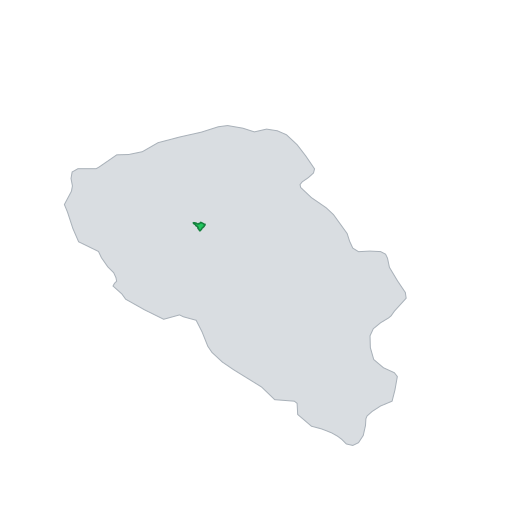 Gasetsho Gom, Wangdi Phodrang, Bhutan (highlighted), rotated 38°
{"feature_id": "84629894B12235536926610", "entity_name": "Gasetsho Gom", "entity_type": "district", "adm_level": 2, "iso_a3": "BTN", "parent_name": "Bhutan", "parent_adm1": "Wangdi Phodrang", "projection": "natural_earth1", "projection_center": [89.875, 27.432], "detail": "fine", "context": "in_parent", "style": "filled", "palette": "green", "viewbox_px": 512, "rotation_deg": 38, "n_neighbors": 0, "source": "geoboundaries", "source_scale": "gbopen_adm2", "svg_char_len": 3076}
<svg xmlns="http://www.w3.org/2000/svg" viewBox="0 0 512 512"><g transform="rotate(38 256 256)"><path d="M399.3,220.0L398.6,223.2L395.3,231.8L393.2,241.1L395.0,248.7L402.5,257.8L412.5,265.1L425.2,265.6L436.9,262.8L441.6,264.0L448.0,276.1L452.6,286.6L446.5,297.5L443.2,307.0L442.0,313.7L442.8,316.6L446.6,322.1L451.0,331.4L451.7,340.0L448.9,345.7L442.9,348.5L436.5,347.7L431.2,347.8L424.5,348.8L414.1,351.9L404.5,356.0L386.4,355.2L379.1,346.8L375.6,346.8L359.2,357.7L341.2,355.8L308.5,359.4L294.8,360.3L280.7,359.1L273.6,356.8L260.4,349.1L248.4,343.5L236.2,348.6L232.0,349.5L222.2,362.7L201.0,367.1L179.9,370.3L173.7,368.5L161.8,367.7L161.3,364.6L161.7,361.7L159.0,359.3L154.2,356.8L145.9,355.8L135.2,352.5L129.1,349.4L107.5,354.0L94.8,347.1L80.5,337.5L73.3,333.4L70.7,318.6L68.2,313.8L62.5,308.8L59.4,303.0L61.9,296.9L76.2,285.7L77.4,283.0L84.0,262.0L93.2,254.4L102.2,243.8L109.1,226.9L122.3,209.6L136.8,191.9L146.7,177.4L153.3,170.7L166.9,163.4L178.3,159.2L186.2,149.5L195.7,144.2L205.4,141.7L219.9,143.0L233.5,146.5L248.5,151.3L250.2,155.2L249.0,162.0L246.8,169.0L246.7,172.6L249.0,174.5L263.7,175.9L281.6,174.8L291.6,175.7L314.0,182.2L320.6,186.7L327.4,190.2L334.1,189.5L342.6,182.1L351.5,175.8L357.0,174.8L361.0,176.8L368.1,182.8L382.9,188.5L396.1,192.8L400.3,196.8L399.0,214.2L399.3,220.0Z" fill="#d9dde1" stroke="#a8b0b8" stroke-width="1"/><path d="M196.2,262.4L196.1,262.6L195.9,262.7L195.7,262.8L195.5,263.0L195.3,263.0L195.2,263.0L195.0,262.9L194.9,262.9L194.7,262.9L194.5,263.0L194.3,263.0L193.9,263.0L193.7,263.0L193.4,263.1L193.1,263.2L193.0,263.3L192.8,263.3L192.6,263.3L192.4,263.3L192.2,263.4L192.1,263.5L191.9,263.5L191.7,263.6L191.7,263.8L191.8,263.9L191.8,264.1L191.7,264.4L191.7,264.5L191.5,264.8L191.4,265.0L191.4,265.5L191.3,265.8L191.1,265.9L190.9,265.9L190.9,266.0L190.8,266.3L190.7,266.5L190.3,266.7L190.2,266.7L189.9,266.8L189.5,266.8L189.2,266.9L188.9,266.9L188.7,266.9L188.3,267.1L188.2,267.1L187.8,267.3L187.7,267.4L187.6,267.5L187.4,267.6L187.2,267.6L187.1,267.8L186.9,267.8L186.4,268.1L186.3,268.5L186.6,268.5L186.8,268.5L187.0,268.5L187.3,268.7L187.3,268.8L187.5,268.8L187.7,268.7L188.0,268.7L188.3,268.7L188.5,268.6L188.9,268.7L189.1,268.7L189.3,268.7L189.6,268.9L189.9,269.1L190.0,269.1L190.3,269.1L190.5,269.1L190.8,269.0L190.8,268.9L191.0,268.9L191.3,268.8L191.5,268.9L191.8,268.9L192.0,268.9L192.0,269.0L192.3,269.0L192.5,269.1L192.8,269.2L192.8,269.3L193.0,269.3L193.1,269.5L193.2,269.8L193.3,269.8L193.4,270.0L193.5,270.0L193.8,270.1L194.0,270.1L194.3,270.1L194.5,270.1L194.8,270.3L195.0,270.4L195.1,270.5L195.3,270.5L195.5,270.5L195.8,270.6L196.0,270.6L196.3,270.7L196.5,270.3L196.5,269.9L196.5,269.7L196.5,269.4L196.5,269.2L196.6,268.8L196.6,268.7L196.6,268.4L196.5,268.2L196.5,267.9L196.4,267.8L196.4,267.7L196.4,267.2L196.4,266.9L196.4,266.7L196.5,266.4L196.7,266.2L196.7,265.9L196.7,265.7L196.8,265.4L196.8,265.1L196.9,264.8L196.9,264.6L196.7,264.4L196.6,264.1L196.6,263.8L196.7,263.6L196.8,263.3L196.7,263.1L196.6,262.8L196.5,262.6L196.3,262.4L196.2,262.4L196.2,262.4Z" fill="#22c55e" stroke="#15803d" stroke-width="1.5"/></g></svg>